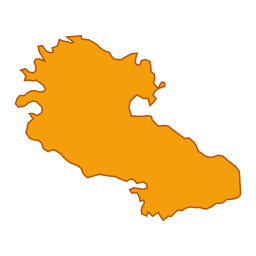 Bom Sucesso do Sul, Paraná, Brazil (Mercator projection)
{"feature_id": "56859067B68315991379649", "entity_name": "Bom Sucesso do Sul", "entity_type": "district", "adm_level": 2, "iso_a3": "BRA", "parent_name": "Brazil", "parent_adm1": "Paraná", "projection": "mercator", "projection_center": [-52.844, -26.085], "detail": "fine", "context": "isolated", "style": "filled", "palette": "amber", "viewbox_px": 256, "rotation_deg": 0, "n_neighbors": 0, "source": "geoboundaries", "source_scale": "gbopen_adm2", "svg_char_len": 2353}
<svg xmlns="http://www.w3.org/2000/svg" viewBox="0 0 256 256"><path d="M158.1,88.7L153.5,83.1L154.8,78.5L154.5,74.5L151.1,71.7L150.8,66.3L149.9,61.5L145.4,59.5L141.3,60.6L139.9,64.8L136.4,64.8L135.2,61.8L136.1,56.6L137.2,53.3L131.5,53.7L123.9,57.8L121.4,59.8L114.0,59.1L111.7,56.5L109.4,52.4L104.4,50.8L99.3,47.2L96.7,44.4L93.4,42.4L88.4,39.7L81.7,39.1L81.1,35.8L66.8,37.0L70.3,39.7L73.5,42.1L70.3,43.3L67.8,41.6L63.5,41.2L59.3,39.5L57.5,46.0L52.1,47.9L53.4,52.1L49.9,52.8L45.9,50.8L42.3,45.6L38.2,46.2L39.1,51.2L42.5,57.0L44.7,61.2L39.0,58.8L35.7,59.3L34.1,62.1L35.7,65.7L36.0,70.4L33.4,72.9L28.9,72.0L25.3,68.7L20.6,70.1L23.2,72.2L25.9,76.0L24.5,80.6L28.7,80.1L33.0,80.9L36.3,80.1L40.2,82.9L42.7,84.8L45.6,88.7L43.4,91.7L40.1,92.0L35.2,90.8L32.0,90.8L28.8,91.9L24.2,95.6L19.8,95.5L17.3,98.6L15.4,103.7L18.4,107.0L23.9,106.3L29.2,102.5L32.8,101.1L36.3,101.6L39.5,104.6L42.1,107.4L41.9,112.6L36.9,115.6L32.8,113.5L29.3,113.6L33.1,118.8L28.1,123.2L27.0,128.4L25.9,132.6L29.5,138.1L33.0,139.6L38.8,140.7L41.6,143.0L43.4,148.7L48.1,151.5L53.1,149.6L56.6,151.2L60.7,153.8L64.8,158.5L69.8,162.6L78.0,165.9L81.3,168.5L83.0,173.6L87.3,177.7L99.2,174.3L108.0,175.8L114.9,176.4L120.3,179.0L126.6,181.3L130.5,179.0L134.3,180.1L136.8,183.4L143.2,181.8L146.1,183.7L147.5,187.8L143.9,189.4L133.7,187.8L129.7,189.5L131.6,193.0L137.1,192.8L139.6,197.6L140.1,201.1L143.9,200.1L144.2,203.4L142.2,206.8L141.2,210.1L141.9,213.8L146.6,216.0L147.8,212.0L152.7,216.2L158.4,212.4L160.8,217.1L163.2,220.2L168.3,216.2L171.6,216.2L176.5,211.1L179.2,209.9L182.4,210.6L185.2,208.3L190.5,206.9L195.5,207.6L199.4,207.4L205.9,209.1L211.2,206.9L215.8,203.5L219.9,203.3L223.0,202.7L226.6,199.6L234.2,198.8L238.3,197.4L240.6,194.3L240.3,187.6L239.8,181.8L239.7,176.6L239.1,171.0L235.6,166.5L231.4,163.3L226.7,159.6L223.0,156.2L218.0,155.2L212.8,157.2L209.5,157.3L205.6,156.2L198.2,151.0L196.3,145.8L193.6,141.9L188.9,137.9L184.7,138.5L174.7,131.2L171.4,128.7L168.1,126.0L164.2,125.4L161.2,125.9L158.0,126.0L152.2,119.8L151.3,116.4L148.0,115.6L143.9,116.2L138.5,116.4L131.3,116.0L130.2,111.2L128.8,108.2L129.9,102.3L131.5,99.6L134.3,97.2L136.7,95.1L139.7,96.2L143.4,98.6L148.1,98.5L150.0,105.5L153.7,102.2L156.0,98.4L152.9,94.9L154.9,91.5L158.1,88.7ZM158.1,88.7L161.8,87.3L164.7,86.5L164.8,82.9L161.9,82.0L160.0,84.6L158.1,88.7Z" fill="#f59e0b" stroke="#b45309" stroke-width="1.5"/></svg>